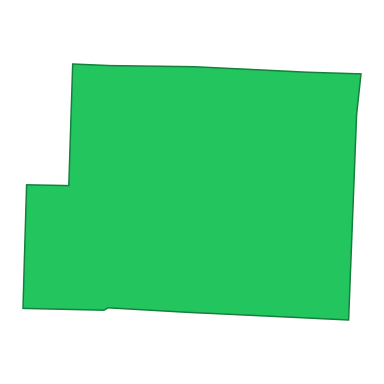 Harrison, Ohio, United States of America
{"feature_id": "52423323B91604440598292", "entity_name": "Harrison", "entity_type": "district", "adm_level": 2, "iso_a3": "USA", "parent_name": "United States of America", "parent_adm1": "Ohio", "projection": "mercator", "projection_center": [-81.155, 40.296], "detail": "fine", "context": "isolated", "style": "filled", "palette": "green", "viewbox_px": 384, "rotation_deg": 0, "n_neighbors": 0, "source": "geoboundaries", "source_scale": "gbopen_adm2", "svg_char_len": 301}
<svg xmlns="http://www.w3.org/2000/svg" viewBox="0 0 384 384"><path d="M24.1,268.9L23.0,308.4L104.0,310.2L108.0,307.8L186.7,312.3L348.6,320.0L356.6,114.5L361.0,73.9L306.5,72.2L193.8,66.7L110.1,65.6L72.7,64.0L68.8,185.6L26.6,184.8L24.1,268.9Z" fill="#22c55e" stroke="#15803d" stroke-width="1.5"/></svg>